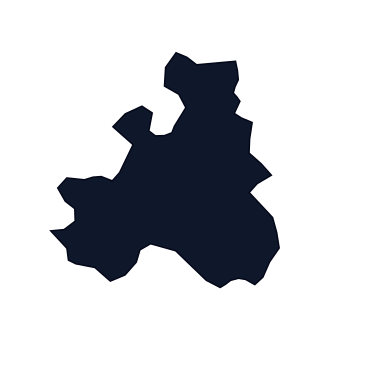 Sîngerei, Natural Earth projection, rotated 38°
{"feature_id": "MDA-1622", "entity_name": "Sîngerei", "entity_type": "District", "adm_level": 1, "iso_a3": "MDA", "parent_name": "Moldova", "parent_adm1": "", "projection": "natural_earth1", "projection_center": [28.121, 47.671], "detail": "fine", "context": "isolated", "style": "filled", "palette": "ink", "viewbox_px": 384, "rotation_deg": 38, "n_neighbors": 0, "source": "natural_earth", "source_scale": "10m", "svg_char_len": 965}
<svg xmlns="http://www.w3.org/2000/svg" viewBox="0 0 384 384"><g transform="rotate(38 192 192)"><path d="M93.7,92.1L105.1,89.0L117.3,88.9L145.8,62.2L153.0,68.3L159.4,75.1L161.1,82.6L163.6,88.6L168.5,89.4L173.9,91.0L176.9,104.0L185.3,103.3L196.6,100.2L204.8,114.8L213.0,126.2L229.3,127.2L244.2,129.9L238.2,145.2L237.4,157.2L271.2,162.5L283.7,171.8L295.2,182.5L296.2,199.4L300.3,215.5L298.5,226.3L288.1,227.9L281.8,231.3L276.8,237.9L275.1,244.3L273.0,249.9L257.6,252.8L215.2,248.4L191.2,258.3L186.6,269.7L191.3,281.6L190.3,298.6L182.5,312.5L161.9,311.3L144.7,320.1L136.6,321.8L128.1,313.4L104.6,309.6L114.3,300.4L117.9,286.9L109.9,277.3L97.8,277.3L83.7,271.5L84.7,258.0L99.7,248.6L104.9,241.2L111.0,235.7L122.3,232.3L123.0,221.3L116.4,191.0L89.5,189.3L91.3,171.5L99.7,155.2L112.0,154.2L120.3,170.4L128.6,170.3L135.6,164.5L139.7,157.7L137.6,150.9L135.2,129.3L121.4,123.1L105.1,125.5L94.5,110.1L93.7,92.1Z" fill="#0f172a" stroke="#020617" stroke-width="1.5"/></g></svg>